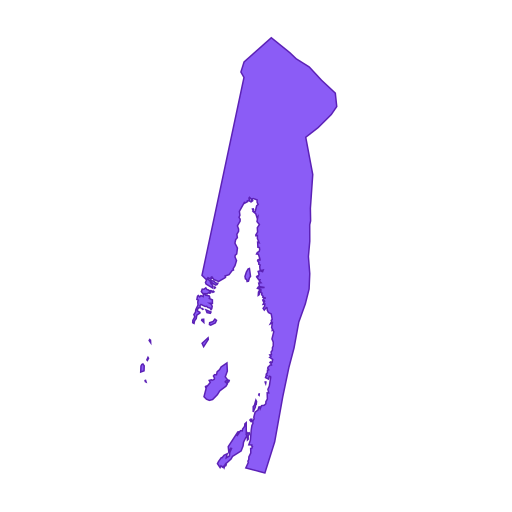 the district of Teluk Wondama, Papua Barat, Indonesia, rotated 198°
{"feature_id": "22746128B47515282892276", "entity_name": "Teluk Wondama", "entity_type": "district", "adm_level": 2, "iso_a3": "IDN", "parent_name": "Indonesia", "parent_adm1": "Papua Barat", "projection": "natural_earth1", "projection_center": [134.34, -2.638], "detail": "fine", "context": "isolated", "style": "filled", "palette": "violet", "viewbox_px": 512, "rotation_deg": 198, "n_neighbors": 0, "source": "geoboundaries", "source_scale": "gbopen_adm2", "svg_char_len": 6104}
<svg xmlns="http://www.w3.org/2000/svg" viewBox="0 0 512 512"><g transform="rotate(198 256 256)"><path d="M308.9,468.3L327.3,436.9L327.2,426.3L322.6,422.1L301.4,220.9L295.6,218.0L295.9,215.2L294.8,213.9L287.5,212.2L288.2,214.8L290.3,215.8L291.7,217.6L285.6,215.8L284.2,216.8L283.9,218.2L285.9,217.9L288.5,219.1L292.8,218.4L295.4,219.4L295.0,220.6L291.7,220.0L290.9,221.1L292.1,221.8L291.5,222.5L288.9,220.7L283.7,220.2L278.7,225.8L278.4,226.5L279.2,227.5L275.9,229.9L274.1,235.0L273.1,235.7L273.8,237.0L273.0,240.3L273.1,245.6L275.7,248.6L276.0,250.3L275.0,252.0L276.1,257.8L280.0,261.7L280.4,265.3L279.4,267.7L280.9,270.7L280.2,274.1L280.9,276.3L283.0,278.9L281.9,284.2L282.5,286.2L284.1,287.5L283.9,289.8L285.6,293.3L283.5,304.0L283.1,302.7L280.9,305.0L281.3,305.6L280.6,306.3L278.9,306.2L280.6,308.9L280.3,309.8L278.2,308.7L276.3,309.8L272.3,309.7L271.6,307.5L269.9,305.6L270.9,304.0L270.5,298.1L270.8,297.3L272.0,297.9L272.5,297.4L269.3,296.1L266.9,292.8L266.4,294.0L265.7,289.0L262.5,287.0L263.5,283.3L261.9,279.3L262.7,275.9L262.3,275.2L261.0,276.0L260.1,273.1L257.1,269.6L258.7,269.6L256.9,264.9L255.4,265.1L254.5,263.3L254.4,261.3L255.8,259.8L256.1,258.1L254.3,258.4L251.6,254.8L251.9,254.2L251.1,253.9L251.0,253.3L253.0,252.9L253.0,251.9L251.3,250.7L250.8,249.0L249.2,248.7L249.2,247.1L247.9,244.2L246.3,243.9L244.8,244.9L244.9,243.1L247.5,243.2L249.2,242.0L247.4,239.5L247.7,237.3L248.6,237.4L249.0,236.4L246.0,234.2L244.9,234.6L245.0,233.1L243.0,232.1L245.1,231.1L243.2,228.0L238.1,228.7L243.8,226.5L244.3,227.0L244.7,225.7L240.9,225.4L240.1,222.7L238.8,222.5L238.8,221.0L236.8,219.9L236.8,218.9L233.6,219.0L235.1,218.4L236.0,216.2L235.0,215.1L234.2,216.0L233.8,215.6L234.3,212.2L232.7,213.0L232.3,210.8L233.1,208.4L231.4,207.1L230.3,210.1L229.5,210.1L228.6,208.0L226.7,206.1L223.6,205.6L221.0,200.7L221.6,199.6L220.9,198.7L221.4,195.9L219.8,197.4L219.0,192.7L217.9,191.7L217.6,190.2L216.9,190.8L215.7,189.5L215.2,182.0L213.0,179.5L211.8,175.7L212.1,174.0L211.3,171.4L212.0,169.4L210.8,166.9L212.3,166.2L210.7,164.9L211.6,163.8L208.2,162.8L207.8,159.9L209.6,159.7L209.8,158.9L208.4,158.5L207.6,157.1L208.7,156.8L210.2,153.9L210.2,152.9L208.8,151.7L209.8,151.0L209.1,148.5L209.8,146.7L208.7,145.9L209.4,145.3L209.4,143.3L206.1,142.8L206.2,145.8L204.9,145.8L204.5,145.0L203.1,136.3L203.5,132.9L201.6,129.7L203.1,129.3L201.0,123.5L201.6,120.5L201.0,118.5L202.1,116.5L204.5,115.4L204.8,112.1L205.8,113.7L206.6,113.3L206.5,110.2L208.6,107.2L208.3,102.1L207.5,100.5L207.9,98.2L209.3,98.4L209.5,99.5L210.7,99.1L211.1,98.1L209.5,96.9L207.9,97.6L207.2,95.9L207.5,93.5L206.8,89.1L204.4,79.1L204.5,74.2L201.6,75.0L201.4,74.0L200.5,73.7L200.6,71.7L201.6,71.3L200.1,67.1L200.7,62.8L200.0,60.2L200.3,58.4L199.5,57.1L200.2,51.3L180.5,52.4L180.8,85.0L187.1,130.7L190.3,160.4L191.4,180.2L194.9,206.4L194.3,225.7L195.3,241.0L199.4,255.8L206.0,271.7L209.4,286.6L214.6,302.4L214.9,306.2L219.0,318.1L227.2,351.0L245.4,384.3L236.6,397.3L228.1,413.9L225.4,423.1L230.9,435.4L248.0,443.4L263.7,452.2L278.8,456.0L286.4,459.7L308.9,468.3ZM263.7,116.1L262.5,114.5L262.0,106.1L258.9,104.5L255.7,104.3L252.9,106.1L249.9,112.1L248.8,116.5L244.3,122.9L243.7,125.6L246.4,126.8L246.3,127.5L245.3,128.4L243.8,127.0L243.0,128.0L243.0,129.4L244.7,129.4L247.9,131.6L247.7,137.7L250.6,145.3L254.9,139.7L255.5,136.7L257.2,133.9L256.9,130.9L258.8,130.3L259.4,128.7L257.8,127.1L257.6,125.8L259.4,124.1L260.2,124.5L262.1,123.2L260.4,121.6L262.5,116.4L263.2,116.9L263.7,116.1ZM228.5,46.6L224.8,43.7L224.5,45.6L222.6,44.8L222.2,45.8L220.9,44.6L220.9,48.4L217.0,55.2L216.4,58.2L209.9,66.0L209.6,71.4L210.3,75.0L209.6,80.4L208.8,81.7L209.8,82.9L207.6,83.3L207.3,84.6L207.9,85.8L209.2,84.8L209.9,85.3L210.4,84.2L213.8,94.5L214.7,93.0L214.2,90.5L215.3,87.2L215.0,85.5L216.8,85.1L218.5,78.8L217.9,82.7L218.0,83.5L218.9,83.1L223.5,66.1L221.4,61.4L220.6,65.4L219.8,65.4L220.2,60.8L219.5,57.6L221.9,54.8L222.3,59.0L224.8,56.6L225.9,53.7L226.7,53.5L228.1,49.1L228.5,46.6ZM296.0,191.4L296.7,186.4L296.2,183.9L297.0,181.1L295.4,179.2L296.2,175.3L295.6,173.0L294.1,172.7L294.4,175.5L293.5,178.0L294.0,181.5L291.7,184.4L291.9,185.1L294.5,185.6L295.2,186.7L294.6,189.0L293.0,189.5L294.0,191.5L293.4,192.9L288.8,192.3L287.3,192.9L286.1,192.2L283.6,192.3L282.2,191.1L281.8,192.1L282.1,194.6L283.5,196.2L285.5,196.7L282.8,197.5L283.9,200.8L287.3,201.2L287.2,202.5L288.2,203.6L291.8,203.2L293.8,204.2L290.6,205.1L289.9,206.3L288.4,206.3L287.7,207.2L290.7,209.0L292.5,209.0L293.9,210.2L295.2,208.3L296.9,207.9L297.0,205.2L294.2,203.4L293.7,201.1L296.2,201.3L296.9,199.7L298.7,200.6L299.2,199.6L298.8,196.4L297.2,196.2L297.2,194.3L296.0,191.4ZM257.6,230.8L256.6,229.0L255.4,229.7L255.5,233.3L254.9,234.9L258.4,242.1L259.5,241.2L260.2,237.9L260.2,233.2L259.0,231.0L257.6,230.8ZM330.2,118.4L331.1,117.5L331.4,115.8L329.8,110.0L327.0,112.2L328.4,117.0L330.2,118.4ZM275.6,183.3L276.6,180.4L279.5,178.3L279.1,176.4L277.7,176.2L274.0,179.8L273.7,182.6L275.6,183.3ZM276.3,163.4L280.3,156.3L277.8,153.6L275.6,161.9L276.3,163.4ZM212.1,111.9L210.5,106.8L209.9,112.3L210.6,114.1L209.9,114.7L210.5,117.8L211.6,118.9L211.4,113.6L212.1,111.9ZM285.1,187.0L281.7,187.4L281.5,188.8L286.9,189.3L285.1,187.0ZM286.2,179.7L287.8,179.0L287.8,178.0L285.1,176.7L286.2,179.7ZM242.1,224.1L242.5,222.5L241.7,219.3L241.1,220.1L241.4,223.0L242.1,224.1ZM327.4,126.2L327.7,123.5L327.0,123.1L326.6,125.5L327.4,126.2ZM331.3,143.7L331.5,142.6L329.4,141.0L330.3,143.3L331.3,143.7ZM207.6,81.7L208.1,80.5L207.3,78.4L206.8,79.4L207.6,81.7ZM277.8,308.0L277.2,306.2L276.2,307.6L277.2,308.6L277.8,308.0ZM285.8,208.1L284.9,209.0L285.8,209.5L286.9,208.8L285.8,208.1ZM286.1,213.7L285.6,212.4L284.8,213.3L285.2,213.7L286.1,213.7ZM323.0,103.3L322.4,102.3L321.6,102.2L322.6,103.6L323.0,103.3ZM220.3,48.8L220.4,47.3L220.0,47.2L219.8,48.3L220.3,48.8ZM273.9,299.6L273.1,298.6L272.7,299.5L273.2,300.0L273.9,299.6ZM208.3,139.1L208.1,138.5L207.4,137.7L207.6,139.2L208.3,139.1ZM210.4,126.5L210.5,124.7L210.0,124.5L210.4,126.5ZM291.4,189.4L290.4,188.7L289.9,189.1L291.0,189.5L291.4,189.4ZM288.9,208.9L287.8,208.7L287.5,209.1L288.1,209.2L288.9,208.9Z" fill="#8b5cf6" stroke="#5b21b6" stroke-width="1.5"/></g></svg>